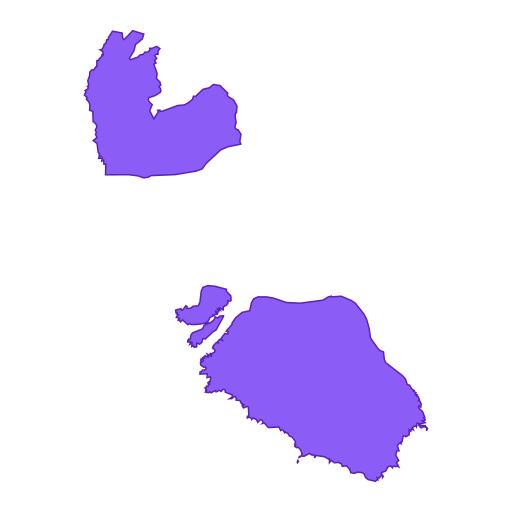 Klungkung, Bali, Indonesia
{"feature_id": "22746128B73073409478343", "entity_name": "Klungkung", "entity_type": "district", "adm_level": 2, "iso_a3": "IDN", "parent_name": "Indonesia", "parent_adm1": "Bali", "projection": "mercator", "projection_center": [115.486, -8.64], "detail": "fine", "context": "isolated", "style": "filled", "palette": "violet", "viewbox_px": 512, "rotation_deg": 0, "n_neighbors": 0, "source": "geoboundaries", "source_scale": "gbopen_adm2", "svg_char_len": 6008}
<svg xmlns="http://www.w3.org/2000/svg" viewBox="0 0 512 512"><path d="M331.2,296.9L331.2,296.2L328.3,296.9L322.8,300.2L300.2,303.2L286.3,302.5L273.8,298.2L266.8,296.9L257.9,296.9L253.6,298.9L251.4,302.9L249.8,310.7L242.1,312.4L235.8,317.7L232.0,323.0L232.2,324.1L226.3,331.2L228.1,331.7L227.5,334.0L224.8,333.5L221.1,338.3L222.3,340.3L219.7,339.4L217.5,341.7L218.2,342.9L216.3,342.6L213.2,345.9L212.6,348.3L214.5,349.4L215.0,351.8L211.3,353.8L209.7,353.2L211.6,355.1L211.4,356.1L207.2,354.0L208.5,356.8L207.4,357.2L205.4,355.6L203.8,356.9L204.4,358.0L202.7,357.7L203.3,360.0L201.1,358.9L200.8,360.9L202.3,361.8L200.5,362.4L200.7,365.0L203.8,367.3L205.2,366.7L206.2,368.7L204.4,370.3L202.6,369.9L201.2,372.0L200.2,371.8L199.9,374.1L207.3,373.8L207.0,377.7L210.3,376.8L210.8,378.1L210.0,381.0L207.4,383.2L209.8,382.2L209.1,383.8L210.3,384.5L208.4,384.2L208.1,386.4L206.5,386.1L206.5,387.1L205.0,387.9L206.1,388.5L205.7,390.5L206.6,390.5L205.4,392.1L208.5,392.7L209.9,391.9L211.1,392.8L215.2,390.6L216.1,391.9L219.1,390.4L221.3,391.4L222.4,389.7L224.0,389.3L225.2,390.2L225.2,392.1L232.3,394.9L232.2,397.1L229.6,398.7L231.8,398.6L234.2,396.5L235.3,396.7L236.4,398.3L236.0,400.1L240.1,400.6L241.3,403.4L243.2,404.3L242.4,405.0L243.6,405.2L242.6,406.3L243.4,407.9L247.6,406.4L248.4,407.2L248.8,415.9L247.3,416.3L247.3,418.0L249.3,417.2L251.4,418.3L251.7,419.5L253.2,418.0L256.5,419.7L257.8,422.4L260.0,419.9L261.8,419.9L263.3,422.6L262.5,423.4L264.3,422.9L268.4,427.6L278.9,427.0L280.7,430.5L281.4,429.8L283.0,430.2L284.6,432.7L285.0,432.0L288.0,433.5L289.3,435.9L292.2,437.1L295.6,441.7L294.6,444.7L295.8,445.0L294.8,446.5L296.8,447.7L298.1,447.2L300.6,449.8L302.0,453.7L301.1,456.0L304.1,456.3L309.4,453.4L312.3,455.3L313.5,454.7L314.7,455.4L314.4,458.0L316.1,455.5L324.8,456.8L328.4,459.1L329.4,458.7L329.4,462.6L331.2,460.4L334.5,462.8L338.3,462.4L341.5,463.9L342.3,466.4L346.4,465.8L349.6,469.2L350.8,472.7L354.3,473.4L357.7,472.1L362.3,472.7L364.0,473.7L365.6,477.5L368.1,479.6L375.6,481.3L376.9,479.8L378.0,479.9L377.2,477.5L379.1,478.1L381.6,475.4L382.8,475.7L380.9,472.8L381.6,473.3L381.6,472.5L385.6,471.2L388.2,466.5L390.7,466.1L392.5,467.8L392.8,466.6L394.5,466.1L395.8,466.7L397.1,466.0L398.7,466.9L396.5,462.4L398.7,460.6L395.6,454.9L397.0,450.7L399.0,450.8L397.4,445.8L399.4,443.1L401.4,443.7L400.9,442.0L402.2,441.5L403.0,436.5L404.4,435.8L405.9,436.8L409.2,434.7L409.2,429.7L410.8,431.2L411.6,428.8L413.3,429.8L412.4,427.5L415.7,425.7L416.5,426.9L417.0,423.2L419.8,423.8L425.1,422.7L422.4,420.7L425.0,420.3L425.2,419.3L423.7,417.7L424.7,417.2L422.7,411.8L418.6,407.8L418.8,406.1L420.8,407.1L421.2,403.9L419.7,400.9L418.5,400.8L419.3,399.5L418.1,396.5L416.5,395.9L417.1,394.7L415.3,394.6L416.0,392.6L413.7,391.4L414.2,390.6L411.5,388.7L409.7,385.2L407.3,384.6L405.5,379.1L402.6,375.8L385.8,362.7L384.4,359.9L383.5,351.9L380.0,350.6L377.6,348.1L370.5,338.0L369.2,328.7L366.7,319.6L364.0,314.2L355.5,303.4L351.5,300.6L341.2,296.2L331.2,296.9ZM89.9,105.3L89.6,110.3L92.8,111.4L93.1,121.5L95.8,123.8L97.0,126.6L95.2,130.2L96.4,132.1L95.5,134.5L97.0,137.4L93.2,140.6L97.0,143.4L98.2,152.5L99.3,153.3L99.1,155.0L100.5,156.0L99.2,156.1L98.6,158.4L102.4,158.1L101.7,161.1L103.6,160.2L103.9,164.2L105.8,164.2L105.5,174.8L128.8,174.7L138.1,175.9L143.7,177.9L148.1,177.2L151.2,175.6L175.3,174.6L196.0,171.1L202.0,169.0L206.1,163.5L220.7,149.8L228.1,146.7L240.8,144.1L239.8,141.1L241.0,134.3L238.0,129.8L236.4,129.4L234.8,127.3L236.1,122.6L235.1,116.0L235.6,113.2L236.5,112.6L237.0,106.1L233.4,99.8L228.9,97.1L227.2,95.3L227.8,93.2L219.9,85.5L213.4,84.5L209.5,87.7L203.0,89.3L195.8,96.2L193.4,96.3L192.5,99.3L189.3,102.1L184.4,104.9L177.6,105.5L162.4,111.2L160.3,111.4L159.9,110.1L157.6,110.4L158.4,111.8L153.8,118.8L149.7,110.7L152.2,104.7L148.8,101.4L148.3,99.2L148.9,97.6L154.9,95.7L160.3,92.3L160.9,90.7L160.4,88.3L159.0,86.8L160.8,84.9L159.8,81.9L156.5,78.5L157.1,73.3L153.8,64.2L156.0,63.0L154.7,60.4L156.7,58.4L154.6,55.6L156.3,54.1L158.0,54.4L158.0,51.2L159.9,48.6L156.7,46.4L152.0,48.4L149.7,48.3L149.7,50.3L147.9,52.2L144.9,52.1L143.2,54.4L140.1,54.9L137.7,57.2L130.4,59.7L129.4,58.3L134.0,50.7L135.5,44.5L142.3,39.0L143.8,34.1L132.7,30.7L124.2,39.6L122.9,38.7L122.1,33.0L112.5,31.2L108.5,37.4L108.2,39.5L106.6,39.9L106.1,42.8L104.1,44.5L103.5,47.0L101.6,49.8L100.2,49.9L102.6,51.5L103.2,54.9L101.9,54.7L101.8,56.4L99.0,59.1L98.7,60.5L96.9,60.5L96.8,66.6L95.7,67.0L93.8,69.9L91.9,69.8L89.9,71.9L89.6,75.7L87.8,80.6L88.7,85.3L87.4,86.5L88.4,87.5L87.6,89.1L85.1,90.5L86.0,91.4L84.4,95.2L87.2,97.6L86.4,99.2L89.1,102.3L89.9,105.3ZM207.7,285.6L202.9,287.4L201.2,291.3L200.0,301.8L198.3,305.8L192.8,306.3L191.1,308.0L188.1,308.5L186.7,308.0L187.1,306.5L185.7,305.8L182.7,310.1L181.5,310.2L181.0,308.7L175.5,310.2L176.2,313.3L177.3,312.9L177.1,314.7L178.2,314.7L176.3,317.3L179.3,318.4L177.8,320.7L179.3,319.9L180.4,321.9L182.6,319.9L187.8,324.7L189.6,323.6L191.0,324.5L195.8,324.5L204.7,323.4L207.8,321.8L210.0,317.4L213.4,315.8L213.1,315.1L214.1,315.7L214.7,314.6L217.2,314.3L217.5,313.6L215.4,311.9L215.8,311.1L217.2,312.4L218.8,311.7L217.5,309.2L220.0,310.2L218.7,308.5L219.4,307.8L220.0,309.0L220.3,308.5L223.2,309.9L223.4,306.7L226.4,305.3L228.1,302.8L227.6,300.8L230.5,301.1L231.1,300.4L230.8,295.8L226.2,291.1L226.5,289.3L214.7,286.2L207.7,285.6ZM223.5,315.7L219.7,316.1L217.4,318.1L215.4,316.8L213.9,319.9L209.7,323.4L209.1,322.9L204.2,325.3L202.5,328.9L192.7,332.8L191.2,334.5L190.1,339.3L188.9,340.0L188.7,339.3L187.7,340.6L187.9,342.1L190.8,341.9L189.9,344.2L192.1,342.9L191.7,346.5L193.6,345.6L194.1,347.3L196.7,346.8L196.8,343.1L199.7,344.2L201.9,342.3L202.8,338.6L205.3,339.0L213.2,331.6L216.0,330.1L223.3,316.8L223.5,315.7ZM418.2,424.7L421.0,427.9L425.9,425.7L419.2,425.2L418.2,424.7ZM426.5,427.1L425.7,427.3L426.9,427.8L426.4,430.7L427.6,428.9L426.5,427.1ZM297.5,462.6L298.5,461.6L297.9,460.4L297.3,461.6L297.5,462.6ZM299.1,457.4L300.6,456.7L300.6,456.4L299.3,456.4L299.1,457.4ZM382.6,477.4L383.0,476.9L382.7,476.2L382.6,477.4Z" fill="#8b5cf6" stroke="#5b21b6" stroke-width="1.5"/></svg>